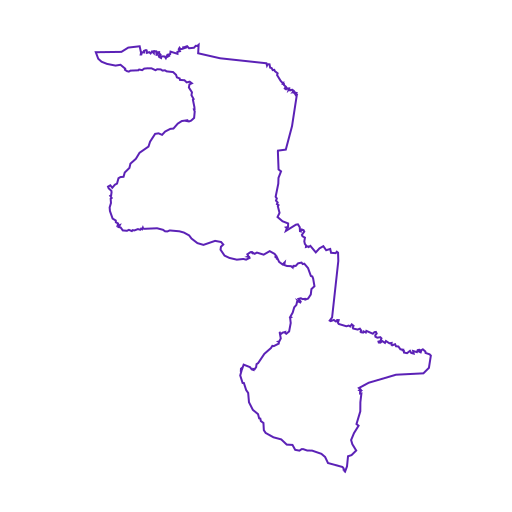 Misamis Oriental, Misamis Oriental, Philippines (Mercator projection), rotated 278°
{"feature_id": "2640588B53733148454792", "entity_name": "Misamis Oriental", "entity_type": "district", "adm_level": 2, "iso_a3": "PHL", "parent_name": "Philippines", "parent_adm1": "Misamis Oriental", "projection": "mercator", "projection_center": [124.765, 8.627], "detail": "fine", "context": "isolated", "style": "outline", "palette": "violet", "viewbox_px": 512, "rotation_deg": 278, "n_neighbors": 0, "source": "geoboundaries", "source_scale": "gbopen_adm2", "svg_char_len": 6124}
<svg xmlns="http://www.w3.org/2000/svg" viewBox="0 0 512 512"><g transform="rotate(278 256 256)"><path d="M435.5,69.0L429.4,72.3L426.9,76.0L425.5,81.7L425.0,90.4L426.5,95.2L423.3,100.4L422.2,100.3L421.1,102.5L420.9,104.4L422.1,105.9L423.5,113.6L424.4,114.3L424.2,117.4L426.0,119.2L426.8,122.6L427.3,126.4L426.0,130.6L427.2,132.2L427.5,135.7L426.6,137.6L427.2,140.0L426.4,141.8L426.6,148.3L424.3,151.6L421.9,152.8L421.2,155.7L419.8,156.2L420.1,160.7L418.3,163.2L419.4,166.1L418.1,168.4L416.7,166.2L413.5,166.1L409.2,169.8L406.3,169.7L402.7,172.4L401.9,171.8L394.8,174.3L392.8,174.7L392.6,174.1L390.6,175.2L384.1,175.5L381.0,172.9L379.9,170.9L380.0,168.7L380.6,169.5L380.9,169.2L379.3,163.7L376.2,160.1L370.7,156.5L370.0,153.5L366.6,148.7L362.9,146.1L363.9,142.4L362.9,139.1L354.5,135.2L349.4,134.3L342.0,126.3L335.5,123.5L330.0,118.8L325.6,118.4L320.4,114.4L316.0,113.8L315.3,110.8L313.9,109.0L308.4,108.3L306.9,106.3L303.6,104.2L305.7,101.9L304.1,99.8L302.5,100.7L300.4,103.7L299.0,104.1L295.9,104.1L295.3,103.3L293.4,105.0L292.5,104.1L288.3,105.0L283.7,104.3L280.2,105.1L273.1,108.8L271.6,112.2L269.9,112.5L269.0,114.9L266.7,114.7L267.7,116.8L265.5,116.0L265.4,118.0L262.8,120.5L263.0,124.7L264.2,126.5L263.4,129.6L264.4,130.2L264.4,132.0L266.2,135.3L265.9,137.7L267.1,138.4L266.6,139.5L268.3,140.0L267.4,140.5L267.4,141.8L269.7,154.2L269.0,160.3L267.8,162.5L268.0,164.8L269.3,167.0L269.8,176.7L269.2,181.3L267.1,186.9L264.3,189.7L260.6,196.2L259.7,202.4L265.3,213.4L265.0,219.5L262.8,222.0L260.3,220.0L257.3,220.0L252.0,224.8L250.4,229.9L249.7,237.5L251.3,243.9L251.0,246.7L253.2,249.9L254.1,249.4L254.2,247.9L254.6,248.6L256.5,247.2L259.1,250.1L259.4,251.5L258.7,252.5L258.4,252.1L258.2,252.5L258.7,252.8L258.0,254.4L259.5,256.4L258.4,263.4L262.7,268.9L260.7,274.1L260.1,274.7L259.4,274.1L260.1,274.7L259.3,275.6L257.8,275.3L256.9,276.1L258.1,275.8L256.9,277.3L256.0,277.2L255.2,277.2L256.9,277.4L253.4,279.7L251.3,283.5L253.7,285.3L251.0,285.2L250.4,288.1L250.8,292.0L250.0,293.4L250.6,293.2L250.6,294.6L251.5,294.7L251.7,296.7L254.6,298.7L255.8,302.0L254.5,303.4L255.1,304.9L251.3,309.2L243.9,313.1L243.6,314.6L241.7,315.7L234.2,318.1L231.0,315.5L225.5,315.6L221.1,313.5L219.7,310.9L220.4,310.6L219.8,308.1L220.4,306.3L219.5,304.1L217.1,306.6L216.2,306.3L217.4,303.5L216.6,304.1L216.2,303.0L213.2,302.8L210.5,301.0L205.0,300.2L200.3,298.3L200.1,299.1L199.5,298.4L194.5,299.7L185.9,299.3L183.2,296.8L184.1,295.3L184.8,295.4L183.8,293.0L181.8,291.1L182.6,290.9L183.4,290.3L183.3,290.2L177.8,292.0L174.6,290.9L174.3,290.1L174.0,290.7L172.4,290.7L169.2,286.1L169.3,284.7L166.9,283.6L160.3,277.9L150.2,273.0L149.0,271.6L146.0,271.6L143.7,270.4L143.8,269.1L142.8,269.3L143.1,267.6L145.1,265.5L146.7,258.9L141.3,257.8L143.3,257.7L142.3,256.8L140.1,257.0L140.1,257.6L135.5,257.0L128.4,260.4L128.5,261.7L121.9,264.9L119.3,267.3L110.2,269.4L103.2,274.3L99.7,280.0L95.7,281.7L95.6,282.9L93.2,283.8L91.7,286.6L84.6,288.0L82.1,290.2L78.9,298.5L77.9,306.5L73.5,312.7L74.0,318.4L69.5,321.8L69.3,326.1L71.1,328.1L71.3,329.7L70.5,333.8L71.1,338.6L69.2,348.3L66.6,352.4L61.0,356.1L59.1,371.0L57.8,372.4L56.5,372.5L56.3,373.4L55.1,373.7L54.8,374.2L60.3,375.4L70.5,375.0L72.1,378.3L77.3,382.3L83.0,377.6L87.0,375.8L94.3,377.7L102.2,381.2L103.6,378.9L116.7,380.9L125.8,379.7L134.6,379.5L134.3,378.2L136.0,378.0L137.2,378.9L137.5,377.1L138.5,378.0L139.6,376.3L146.2,385.3L157.9,411.1L163.1,438.1L169.3,442.8L181.7,443.0L182.8,441.6L183.6,437.4L185.0,437.0L186.8,434.2L185.8,432.9L183.5,432.5L184.3,430.0L185.6,431.5L185.9,430.8L185.3,429.2L183.2,428.7L183.8,424.8L181.3,425.7L181.6,423.2L183.5,421.7L180.8,419.1L181.0,416.0L182.7,415.6L182.9,414.5L183.7,414.7L183.7,412.0L186.2,409.6L186.1,407.2L188.0,406.0L186.5,403.3L187.0,402.5L188.8,402.4L188.1,400.3L189.9,396.5L187.9,395.8L189.3,393.0L187.5,391.2L187.4,389.6L188.3,389.2L189.1,391.1L191.9,391.7L192.9,390.4L192.0,387.5L192.7,385.5L194.1,385.1L196.0,386.3L197.5,385.3L197.1,383.9L195.3,382.5L197.2,375.7L195.5,375.4L196.3,373.0L195.1,372.7L195.1,370.7L195.5,370.1L196.9,370.5L198.5,369.0L197.3,366.9L197.7,362.3L198.7,361.7L200.4,362.3L201.6,360.3L199.3,359.1L200.0,357.5L199.0,355.3L200.2,347.4L201.3,346.4L204.0,346.8L203.9,345.3L202.7,345.1L202.3,344.1L203.5,342.0L201.9,339.0L202.3,338.0L205.8,339.9L262.5,338.2L270.7,336.8L271.5,335.4L269.9,334.5L269.6,329.9L273.3,328.5L271.5,324.7L275.1,321.3L272.4,317.8L267.9,314.7L273.6,308.4L272.2,306.9L272.8,306.1L271.9,304.2L273.3,304.2L274.8,302.7L277.2,301.8L281.0,301.9L282.0,299.3L283.3,298.5L286.9,300.4L288.3,299.4L288.1,298.2L288.7,297.6L288.1,296.5L286.6,296.9L286.7,296.1L290.6,295.3L293.2,293.1L292.6,291.2L285.0,282.1L287.9,282.7L288.5,281.8L289.2,283.7L292.7,283.3L294.1,277.4L297.6,271.9L302.0,273.3L308.3,270.7L309.5,271.2L310.3,269.5L312.0,270.0L313.6,268.1L315.9,268.6L317.4,267.2L330.7,268.0L336.5,267.4L343.3,269.0L344.8,266.3L362.7,263.1L363.4,263.1L365.5,270.7L389.6,273.6L421.0,274.0L420.5,273.3L421.5,272.5L421.8,273.4L422.5,272.5L423.1,272.9L423.0,271.0L423.8,271.4L424.5,270.5L424.0,269.8L424.9,270.2L425.7,268.7L424.9,267.0L425.9,265.9L425.0,265.2L426.6,265.4L426.4,264.6L425.6,264.8L426.5,263.3L425.3,262.5L425.9,261.2L427.8,262.0L429.2,259.9L430.1,259.8L430.1,258.5L431.4,258.8L431.2,258.0L432.9,256.0L438.1,251.7L439.9,252.0L441.7,248.9L442.9,248.2L442.4,246.7L444.3,245.3L444.5,243.8L447.7,242.7L447.5,240.9L446.1,240.4L448.3,239.5L446.8,192.9L448.7,170.5L457.2,169.8L455.8,168.6L455.8,167.1L453.6,165.6L452.4,160.8L454.2,158.6L453.4,157.1L452.6,157.6L451.8,156.0L452.7,155.7L452.6,154.9L451.2,154.8L450.6,153.6L450.3,152.4L451.5,151.3L450.0,150.7L448.2,152.1L447.3,149.8L445.3,150.1L446.5,142.9L443.9,142.9L443.3,141.2L442.1,142.1L441.5,141.3L442.7,141.2L442.7,140.2L439.3,139.2L440.9,137.8L440.5,134.3L438.9,134.4L439.6,132.4L440.5,131.9L442.2,133.3L443.4,131.8L444.4,131.7L444.1,130.3L441.8,130.5L441.4,129.5L444.8,128.7L444.6,126.7L445.5,126.3L442.6,126.6L444.1,124.6L441.9,123.4L443.0,121.9L442.0,119.8L444.4,119.1L444.6,118.4L443.6,116.6L442.0,117.0L441.9,114.7L439.6,114.4L439.5,113.8L441.2,113.9L447.5,111.6L444.6,100.5L439.4,94.3L435.5,69.0Z" fill="none" stroke="#5b21b6" stroke-width="2"/></g></svg>